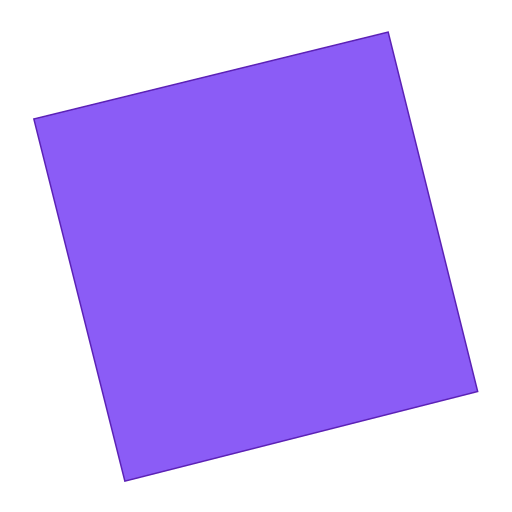 the district of Gray, Texas, United States of America, rotated 76°
{"feature_id": "52423323B94857587121418", "entity_name": "Gray", "entity_type": "district", "adm_level": 2, "iso_a3": "USA", "parent_name": "United States of America", "parent_adm1": "Texas", "projection": "albers", "projection_center": [-100.758, 35.401], "detail": "fine", "context": "isolated", "style": "filled", "palette": "violet", "viewbox_px": 512, "rotation_deg": 76, "n_neighbors": 0, "source": "geoboundaries", "source_scale": "gbopen_adm2", "svg_char_len": 226}
<svg xmlns="http://www.w3.org/2000/svg" viewBox="0 0 512 512"><g transform="rotate(76 256 256)"><path d="M442.7,437.7L441.1,73.7L70.7,73.6L69.3,438.4L442.7,437.7Z" fill="#8b5cf6" stroke="#5b21b6" stroke-width="1.5"/></g></svg>